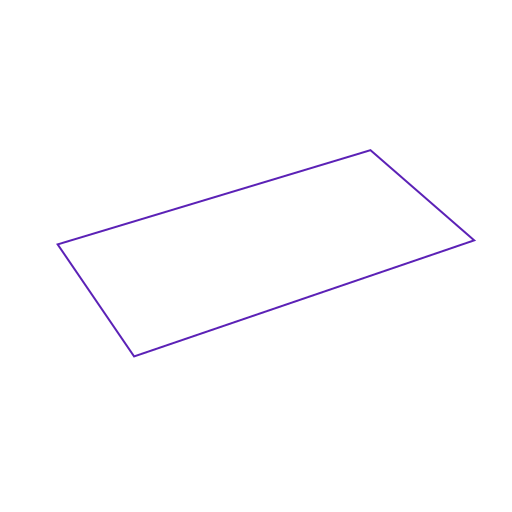 an SVG outline of Roche Caïman, rotated 126°
{"feature_id": "SYC-5222", "entity_name": "Roche Caïman", "entity_type": "state/province", "adm_level": 1, "iso_a3": "SYC", "parent_name": "Seychelles", "parent_adm1": "", "projection": "mercator", "projection_center": [55.482, -4.649], "detail": "fine", "context": "isolated", "style": "outline", "palette": "violet", "viewbox_px": 512, "rotation_deg": 126, "n_neighbors": 0, "source": "natural_earth", "source_scale": "10m", "svg_char_len": 224}
<svg xmlns="http://www.w3.org/2000/svg" viewBox="0 0 512 512"><g transform="rotate(126 256 256)"><path d="M115.1,88.7L408.9,295.6L363.2,423.3L103.1,225.6L115.1,88.7Z" fill="none" stroke="#5b21b6" stroke-width="2"/></g></svg>